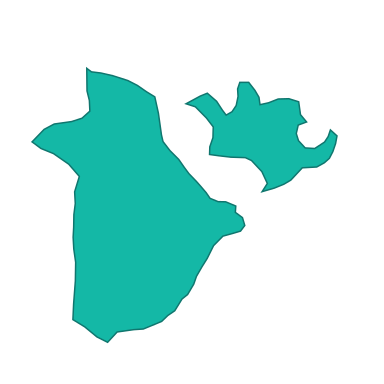 the district of Milia Ammochostou, Cyprus, rotated 262°
{"feature_id": "46923920B90595863135808", "entity_name": "Milia Ammochostou", "entity_type": "district", "adm_level": 2, "iso_a3": "CYP", "parent_name": "Cyprus", "parent_adm1": "", "projection": "mercator", "projection_center": [33.805, 35.225], "detail": "fine", "context": "isolated", "style": "filled", "palette": "teal", "viewbox_px": 384, "rotation_deg": 262, "n_neighbors": 0, "source": "geoboundaries", "source_scale": "gbopen_adm2", "svg_char_len": 1610}
<svg xmlns="http://www.w3.org/2000/svg" viewBox="0 0 384 384"><g transform="rotate(262 192 192)"><path d="M329.1,105.0L306.7,102.1L296.9,103.1L286.3,102.1L280.4,93.4L278.5,82.6L278.5,65.0L274.6,54.3L263.9,40.6L256.1,48.5L249.3,60.2L236.7,73.8L223.1,82.6L208.5,75.8L196.8,74.8L186.1,71.9L173.5,69.9L163.8,68.0L152.1,67.0L138.5,67.0L120.1,64.1L97.7,59.2L82.2,56.3L73.4,67.0L61.7,77.7L54.9,87.5L63.8,98.4L63.8,105.3L63.8,115.3L63.1,124.7L66.3,137.2L68.1,144.0L73.1,150.9L76.8,158.4L87.4,167.2L91.1,173.4L100.5,180.9L107.9,184.7L116.6,191.5L124.1,197.8L135.9,205.9L144.0,216.5L145.3,226.5L146.5,234.6L151.5,239.6L159.6,238.4L165.8,232.1L172.0,233.4L177.6,224.0L178.8,216.5L183.2,209.0L189.4,205.9L196.3,201.5L201.9,197.8L210.6,191.5L217.4,187.8L226.1,183.4L236.1,175.9L246.0,170.3L252.9,169.7L264.7,169.7L274.6,169.7L291.4,168.4L297.6,160.9L305.1,152.8L311.3,144.0L318.2,129.7L322.5,118.4L325.0,109.1L329.1,105.0ZM280.2,198.4L275.9,207.2L263.4,216.5L253.5,222.1L242.9,220.3L234.2,215.9L226.7,214.6L224.2,223.4L221.1,235.3L218.6,249.6L214.9,255.3L202.5,264.0L190.0,267.8L182.6,261.5L184.4,274.0L186.9,284.0L190.0,291.5L200.6,304.6L199.4,319.0L202.5,327.1L206.2,332.7L212.4,337.1L219.9,340.9L227.4,343.4L234.2,337.7L228.0,334.6L223.0,330.2L218.0,319.6L219.9,310.2L228.0,304.6L235.4,303.4L243.5,306.5L245.4,315.2L253.5,310.2L266.5,310.2L270.9,300.9L272.1,290.3L269.7,280.3L269.0,271.5L276.5,271.5L284.0,268.4L292.7,263.4L293.9,254.6L287.7,251.5L280.2,250.9L271.5,247.8L265.9,242.8L263.4,236.5L269.0,233.4L278.4,229.0L287.7,220.9L285.8,213.4L280.2,198.4Z" fill="#14b8a6" stroke="#0f766e" stroke-width="1.5"/></g></svg>